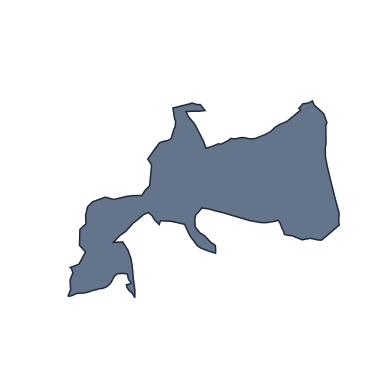 outline of Bende, Abia, Nigeria, rotated 72°
{"feature_id": "59680162B50576086706147", "entity_name": "Bende", "entity_type": "district", "adm_level": 2, "iso_a3": "NGA", "parent_name": "Nigeria", "parent_adm1": "Abia", "projection": "robinson", "projection_center": [7.629, 5.638], "detail": "fine", "context": "isolated", "style": "filled", "palette": "slate", "viewbox_px": 384, "rotation_deg": 72, "n_neighbors": 0, "source": "geoboundaries", "source_scale": "gbopen_adm2", "svg_char_len": 2884}
<svg xmlns="http://www.w3.org/2000/svg" viewBox="0 0 384 384"><g transform="rotate(72 192 192)"><path d="M274.9,279.1L267.9,276.7L258.9,275.1L243.1,271.6L236.2,270.6L227.7,270.9L218.1,273.3L215.6,282.3L210.8,273.4L209.0,267.2L203.4,257.6L201.1,251.1L198.4,244.7L198.3,239.7L202.0,237.4L206.9,236.2L212.9,233.3L209.6,230.9L213.2,221.5L216.4,215.7L220.2,209.5L220.3,209.1L230.1,207.9L234.0,207.2L244.8,203.5L248.1,200.9L253.1,194.8L257.5,188.6L255.2,187.6L250.0,186.3L245.3,189.9L237.7,193.4L233.2,197.2L226.1,199.7L219.3,197.9L215.0,195.7L213.0,191.8L211.4,189.4L210.3,187.7L210.7,187.7L210.7,186.6L213.6,180.8L218.3,173.8L220.2,170.5L220.8,169.6L221.2,169.0L221.8,168.1L224.6,164.1L230.2,155.9L234.1,150.2L237.2,145.7L242.2,136.3L244.0,131.3L244.5,128.4L245.5,122.6L245.5,118.8L247.7,118.0L254.9,117.6L256.0,117.3L257.4,117.2L261.0,117.2L263.9,112.0L264.2,110.7L271.5,102.1L272.6,93.8L276.7,86.8L277.8,83.6L275.1,77.0L269.0,62.2L265.6,61.7L257.6,58.6L242.7,57.9L225.6,56.7L223.5,56.6L220.3,56.3L214.6,55.8L210.4,55.5L209.8,55.4L209.2,55.4L208.5,55.3L201.7,54.5L201.4,54.4L200.7,54.4L200.3,54.3L199.6,54.1L199.2,54.0L197.1,53.4L196.1,53.1L192.0,51.9L187.1,49.5L181.8,47.8L179.2,47.0L170.4,44.3L167.6,42.2L164.9,42.3L158.2,42.6L150.4,47.0L147.8,48.5L147.5,48.7L147.1,48.9L142.6,49.3L143.3,53.7L142.4,59.4L145.5,64.5L147.6,63.3L154.3,80.2L154.9,88.0L155.9,92.1L155.9,92.4L159.0,99.0L159.9,104.4L160.4,111.2L160.6,115.8L159.3,120.6L156.6,125.3L155.5,128.1L154.7,134.9L153.7,137.2L153.0,138.2L154.3,141.6L155.5,149.5L154.3,152.0L154.8,158.7L154.7,165.1L147.3,165.4L139.3,166.6L127.8,168.6L119.0,172.2L113.8,172.9L114.7,168.9L116.3,163.5L117.2,161.1L118.6,154.4L111.3,157.2L110.8,159.4L107.3,164.7L107.5,166.0L106.2,184.2L117.2,186.0L117.5,185.9L119.2,185.6L124.7,187.8L126.1,189.2L126.5,189.7L134.8,195.4L135.5,199.2L134.9,205.6L135.2,207.8L138.9,213.1L147.1,223.9L153.3,222.2L154.6,222.4L172.8,230.3L176.1,236.3L179.8,240.8L177.3,249.0L176.0,255.0L174.9,268.7L170.1,276.1L170.1,276.7L170.6,289.7L172.7,293.6L173.6,295.6L175.1,296.7L178.6,298.7L180.7,300.2L189.4,302.7L193.0,310.2L208.0,315.5L216.1,311.8L225.7,321.8L226.2,331.1L227.6,330.3L229.4,330.3L232.4,330.2L233.5,331.5L235.0,332.7L236.4,334.0L237.6,334.8L239.0,335.6L241.6,336.0L243.8,336.8L246.0,337.2L247.5,337.6L248.6,338.9L250.1,339.7L251.6,341.4L253.0,341.8L253.4,338.9L253.4,336.8L253.0,335.1L253.0,332.1L253.7,330.0L254.0,328.4L254.7,325.8L255.1,321.6L255.1,319.6L255.0,317.9L255.0,315.8L255.4,313.3L255.3,310.3L255.8,308.3L256.0,307.0L256.0,304.4L255.6,301.9L254.5,299.4L253.0,296.9L251.5,295.3L249.7,293.6L248.6,292.4L247.5,290.7L246.7,287.8L247.4,285.7L247.8,283.6L248.5,281.9L249.2,280.2L250.4,278.8L254.3,279.3L256.2,279.3L258.0,278.4L259.8,278.0L260.2,280.1L259.9,283.0L261.7,283.4L263.9,283.0L265.4,282.6L267.9,281.3L270.1,280.0L272.0,279.6L274.9,279.1Z" fill="#64748b" stroke="#1e293b" stroke-width="1.5"/></g></svg>